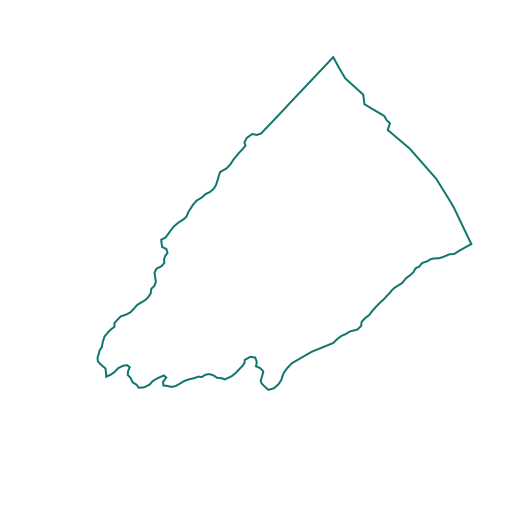 outline of Novo Horizonte, Bahia, Brazil, rotated 55°
{"feature_id": "56859067B30979623458140", "entity_name": "Novo Horizonte", "entity_type": "district", "adm_level": 2, "iso_a3": "BRA", "parent_name": "Brazil", "parent_adm1": "Bahia", "projection": "equal_earth", "projection_center": [-42.118, -12.867], "detail": "fine", "context": "isolated", "style": "outline", "palette": "teal", "viewbox_px": 512, "rotation_deg": 55, "n_neighbors": 0, "source": "geoboundaries", "source_scale": "gbopen_adm2", "svg_char_len": 2433}
<svg xmlns="http://www.w3.org/2000/svg" viewBox="0 0 512 512"><g transform="rotate(55 256 256)"><path d="M369.8,72.8L329.4,66.1L324.8,65.7L300.4,64.3L296.1,64.1L274.2,66.5L256.2,68.5L228.3,75.8L224.2,70.2L219.9,71.0L214.7,70.7L200.0,77.4L193.8,80.1L189.1,77.6L185.4,75.6L161.7,81.0L149.0,80.0L137.4,78.7L150.5,142.3L151.5,146.8L153.6,156.9L156.8,172.8L158.6,181.7L157.3,185.8L153.9,189.2L154.0,196.0L156.4,200.4L159.6,201.3L160.6,205.1L161.7,210.6L163.2,216.0L164.6,220.5L166.2,224.2L167.4,230.1L166.6,237.2L169.8,241.5L171.8,243.9L174.8,247.9L176.6,251.7L177.2,256.8L176.3,261.8L177.0,267.1L176.6,272.9L177.8,277.9L179.1,281.1L181.0,285.8L183.9,290.5L184.4,294.5L184.1,300.0L184.6,306.0L186.2,311.5L187.6,315.3L189.0,319.5L188.3,324.3L192.1,326.4L194.9,327.7L198.8,325.4L202.7,326.7L203.9,330.4L205.9,333.2L209.0,335.0L210.2,339.3L209.3,344.7L211.5,348.7L216.0,351.0L219.8,352.9L222.2,356.3L222.8,360.5L226.2,363.7L227.9,367.9L228.6,372.5L227.9,381.2L229.4,387.5L230.1,391.1L229.6,395.4L227.9,401.4L228.9,406.8L229.8,410.5L232.8,412.6L232.9,416.8L233.5,420.5L235.1,426.3L238.6,430.9L242.3,434.7L243.6,438.2L246.2,441.2L248.3,444.0L251.4,445.9L254.5,445.6L257.6,445.0L261.7,443.8L266.4,446.2L269.0,447.9L269.9,442.8L269.9,438.6L268.8,433.1L269.7,427.8L271.5,424.2L274.7,423.2L277.0,426.9L279.9,429.3L283.9,428.7L288.9,429.5L292.8,427.7L296.7,427.6L299.5,422.8L300.3,416.7L299.2,412.3L299.7,406.3L301.0,400.0L304.1,399.2L305.9,404.5L309.0,406.1L311.7,403.0L314.7,400.4L316.4,396.6L316.9,391.7L317.2,386.7L318.7,381.4L320.6,376.8L321.8,372.3L324.1,369.9L324.2,365.5L326.2,361.7L329.7,359.1L333.4,357.8L336.3,354.3L339.2,352.4L339.9,348.3L340.5,344.5L340.2,339.6L339.3,335.7L338.4,330.8L337.2,327.0L334.7,324.8L335.3,318.6L338.7,314.9L343.2,316.1L346.4,319.3L350.2,316.9L354.7,316.2L358.1,320.1L360.9,323.7L363.7,324.5L367.7,323.8L372.7,322.7L374.6,317.3L374.1,311.6L372.1,306.4L369.6,303.3L367.4,299.7L365.7,294.5L364.4,288.0L366.4,265.3L371.5,242.9L370.5,235.7L370.5,231.4L371.4,227.5L371.7,222.2L374.4,215.2L373.6,210.0L370.5,207.2L369.4,201.9L369.3,197.1L367.7,192.2L366.4,186.7L365.4,181.4L364.7,175.6L363.7,171.6L363.0,167.8L362.0,164.4L361.5,160.6L361.7,156.7L362.0,151.9L360.2,145.7L360.2,141.0L359.6,136.5L357.6,132.3L358.3,128.3L357.0,124.0L358.6,118.6L358.8,114.5L360.5,110.9L363.0,107.1L364.3,102.4L365.5,96.8L368.0,92.4L368.2,88.1L368.6,83.3L369.2,77.2L369.8,72.8Z" fill="none" stroke="#0f766e" stroke-width="2"/></g></svg>